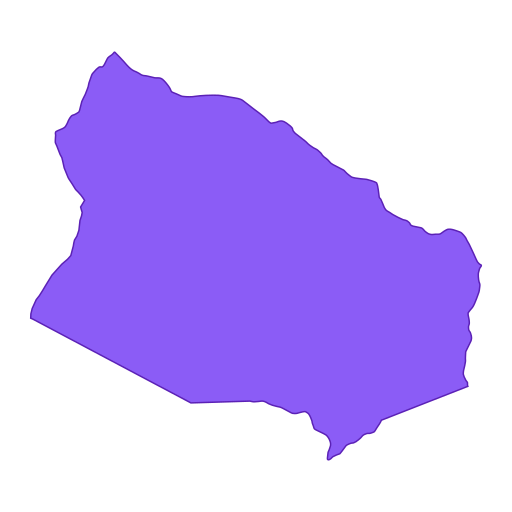 the district of Tatumbla, Francisco Morazán, Honduras
{"feature_id": "27666195B81412432628344", "entity_name": "Tatumbla", "entity_type": "district", "adm_level": 2, "iso_a3": "HND", "parent_name": "Honduras", "parent_adm1": "Francisco Morazán", "projection": "orthographic", "projection_center": [-87.059, 13.986], "detail": "fine", "context": "isolated", "style": "filled", "palette": "violet", "viewbox_px": 512, "rotation_deg": 0, "n_neighbors": 0, "source": "geoboundaries", "source_scale": "gbopen_adm2", "svg_char_len": 5953}
<svg xmlns="http://www.w3.org/2000/svg" viewBox="0 0 512 512"><path d="M190.9,402.9L249.9,401.1L252.1,401.6L253.5,401.8L254.4,401.8L258.2,401.5L261.4,401.1L262.6,401.1L263.7,401.3L265.2,401.8L266.4,402.4L268.6,403.7L272.3,405.2L276.7,406.4L280.0,407.1L281.4,407.6L283.2,408.5L291.2,412.8L291.7,413.0L292.4,413.3L293.4,413.4L294.3,413.5L295.5,413.5L296.7,413.4L297.5,413.2L299.6,412.6L302.9,411.8L304.6,411.6L305.1,411.6L305.5,411.7L306.9,412.5L307.6,413.0L308.4,413.6L309.0,414.4L309.7,415.6L310.5,417.2L311.6,420.0L312.0,421.2L312.2,422.6L312.4,423.4L313.4,426.1L314.0,428.1L314.4,428.8L315.3,429.5L316.2,430.0L323.4,433.5L325.2,434.5L325.9,434.9L326.9,435.8L327.8,436.9L328.6,438.1L329.3,439.4L330.0,441.1L330.4,442.4L330.6,443.7L330.6,445.0L330.4,446.1L329.8,447.9L329.2,449.7L328.3,451.8L328.1,452.2L327.7,455.5L327.4,458.3L327.5,459.2L327.6,459.4L327.9,459.6L328.2,459.8L328.5,459.8L329.3,459.6L330.2,459.1L330.8,458.7L331.4,458.1L332.4,457.1L332.9,456.7L336.4,455.0L338.0,454.4L339.2,454.0L340.0,453.6L342.3,450.7L345.4,446.5L346.2,445.5L347.1,444.9L348.7,444.1L350.5,443.4L351.6,443.1L353.0,443.0L353.7,442.8L354.9,442.2L356.1,441.6L357.1,440.8L358.1,440.1L360.0,438.5L360.9,437.6L362.2,436.1L362.9,435.4L363.5,435.0L364.3,434.5L365.8,433.9L366.9,433.5L367.8,433.4L369.6,433.4L370.9,433.1L372.9,432.4L373.8,432.0L374.3,431.7L374.7,431.2L375.2,430.5L376.9,427.7L379.5,423.8L380.5,422.1L381.4,420.2L467.9,386.3L467.6,385.6L467.5,384.8L467.5,384.2L467.5,383.1L467.4,382.4L467.0,381.8L466.2,380.8L465.8,380.2L464.5,377.6L464.0,376.5L463.6,375.1L463.3,374.2L463.3,373.2L463.4,371.8L463.6,370.4L464.7,365.7L465.4,361.9L465.5,360.6L465.4,358.3L465.5,355.5L465.7,351.8L466.2,350.7L470.8,341.3L471.2,340.2L471.5,338.5L471.5,337.5L471.4,336.6L471.3,335.7L470.9,334.4L470.6,333.3L470.3,332.5L469.9,331.8L469.2,330.8L468.9,330.2L468.7,329.6L468.6,328.8L468.5,327.8L468.5,326.5L468.7,325.7L469.2,324.0L469.3,323.4L469.3,322.4L469.2,320.9L469.0,319.3L468.2,315.3L468.1,314.3L468.1,313.3L468.2,312.8L468.5,312.3L470.0,310.3L472.3,307.6L472.9,306.7L473.6,305.5L474.6,303.4L476.6,298.5L477.8,295.2L478.9,292.1L479.3,290.3L479.6,288.0L479.8,286.3L479.9,285.0L479.7,283.7L479.0,281.7L478.6,279.6L478.3,276.5L478.3,274.8L478.3,273.7L478.5,272.5L479.4,269.2L479.7,268.4L480.1,267.7L481.1,266.3L481.2,265.9L481.3,265.3L480.9,264.8L480.0,264.4L479.4,264.0L478.4,263.0L477.4,261.8L476.1,259.2L473.4,253.2L469.2,244.3L467.1,240.7L465.8,238.0L465.2,237.1L463.7,235.2L462.1,233.5L461.4,232.9L460.7,232.4L459.1,231.7L456.8,230.9L454.4,230.1L452.6,229.6L451.0,229.3L450.0,229.2L449.1,229.2L447.8,229.3L447.0,229.6L446.5,229.8L444.1,231.2L440.9,233.5L440.3,233.8L439.5,234.1L438.5,234.2L436.9,234.2L435.7,234.2L432.5,234.5L431.2,234.5L429.9,234.2L428.9,233.9L428.2,233.6L427.6,233.2L426.5,232.5L424.9,231.2L424.4,230.7L423.6,229.7L423.1,229.2L422.4,228.5L421.7,228.1L421.1,227.8L413.8,226.3L412.9,226.1L411.9,225.7L411.3,225.4L410.7,224.9L410.3,224.5L410.0,223.6L409.5,222.9L408.4,221.9L407.1,220.9L406.4,220.6L405.6,220.3L403.1,219.7L402.2,219.3L398.1,217.4L392.9,214.6L389.6,212.4L387.5,211.2L386.5,210.5L386.0,210.0L385.5,209.4L384.9,208.5L384.3,207.5L383.8,206.3L382.4,202.9L380.8,199.3L379.7,198.0L379.3,197.4L379.2,197.0L378.3,190.0L377.7,186.5L377.4,185.1L376.9,183.7L376.7,183.1L376.3,182.7L375.4,182.2L374.0,181.6L371.7,180.8L366.8,179.4L365.2,179.2L361.0,178.8L355.1,178.0L353.8,177.7L352.6,177.4L351.5,177.0L350.8,176.5L348.7,174.9L346.9,173.4L345.7,172.2L344.4,170.8L343.6,170.1L333.0,164.6L331.8,163.8L331.0,163.3L330.3,162.6L329.0,161.2L327.6,159.7L325.9,158.3L324.0,156.9L323.0,155.9L322.4,155.3L321.5,153.9L320.7,152.9L319.3,151.6L318.2,150.6L317.2,149.8L316.4,149.3L313.3,147.7L309.8,145.3L308.1,143.9L306.1,141.9L305.2,141.1L295.2,133.3L294.2,132.2L293.2,130.9L292.8,130.1L292.6,129.0L292.4,128.5L292.1,127.9L291.5,127.2L290.3,126.0L288.6,124.7L286.5,123.1L284.8,122.1L283.7,121.5L282.5,121.2L281.9,121.0L280.9,121.0L279.9,121.1L278.9,121.3L276.1,122.3L274.1,122.7L271.4,123.2L271.0,123.2L270.6,123.0L269.5,122.3L268.4,121.3L267.2,120.1L265.0,117.9L263.7,116.7L259.5,113.3L253.1,108.5L245.0,102.2L242.8,100.5L241.7,99.8L241.0,99.5L240.0,99.1L237.9,98.5L234.7,97.9L228.7,96.9L221.2,95.6L218.3,95.3L213.2,95.2L205.9,95.4L199.9,95.8L194.7,96.4L192.6,96.7L189.3,96.8L186.1,96.7L183.9,96.5L182.1,96.3L180.7,95.8L176.7,94.0L173.0,92.5L172.0,92.0L171.6,91.7L171.3,91.3L171.1,91.0L170.3,89.1L169.5,87.6L168.2,85.7L166.5,83.5L165.4,82.2L164.1,80.8L162.5,79.3L161.5,78.7L160.7,78.3L159.5,78.0L158.2,77.9L156.1,77.9L154.7,77.8L153.5,77.5L147.5,76.1L145.9,75.8L143.3,75.5L142.6,75.3L141.3,74.8L139.3,73.5L137.5,72.5L136.1,71.8L134.0,70.9L132.5,70.1L130.7,68.8L128.7,67.0L126.7,64.9L123.9,61.7L120.2,57.7L115.0,52.4L114.7,52.2L114.4,52.2L114.1,52.4L113.2,53.5L112.3,54.4L111.6,55.0L109.1,56.7L108.5,57.3L107.9,57.8L107.4,58.6L107.0,59.3L105.5,62.3L104.5,64.3L103.8,65.4L103.1,66.3L102.6,66.7L102.0,66.9L101.4,67.0L100.6,66.9L99.9,66.9L99.1,67.1L98.4,67.6L96.3,69.4L95.3,70.5L93.2,72.8L92.6,73.5L92.0,74.4L91.7,75.1L91.3,76.2L89.0,82.8L88.7,84.1L88.2,86.6L87.4,88.9L85.3,94.3L83.4,98.1L81.8,101.5L81.5,102.7L79.6,110.2L79.2,111.3L79.0,111.7L78.8,112.0L78.0,112.6L76.4,113.6L74.5,114.6L72.7,115.2L72.1,115.5L71.5,115.9L71.0,116.5L70.1,117.6L69.2,119.1L68.4,120.6L67.4,123.0L66.4,124.9L65.5,126.4L65.0,126.9L64.7,127.3L63.8,127.9L62.6,128.6L58.1,130.5L56.3,131.4L55.8,131.8L55.5,132.5L55.4,133.5L55.6,134.9L55.6,135.5L55.4,138.6L55.3,140.7L55.3,142.1L55.4,142.8L55.8,143.7L56.8,145.9L60.0,154.2L60.6,155.4L61.5,157.0L61.9,157.8L62.7,161.1L64.2,167.9L68.1,177.5L68.8,178.8L72.3,184.1L75.5,189.3L76.1,190.0L78.3,192.2L79.7,193.8L80.9,195.1L82.6,197.4L84.6,200.4L80.6,207.0L81.3,209.6L82.2,212.5L81.5,216.0L80.0,220.4L78.9,230.3L76.9,236.2L74.5,240.1L73.8,243.0L73.3,246.1L70.8,255.6L67.5,259.3L61.8,264.2L52.0,275.1L45.8,285.2L42.4,290.9L39.4,295.6L36.2,299.7L32.2,308.5L30.9,313.8L30.7,318.2L33.0,319.2L190.9,402.9Z" fill="#8b5cf6" stroke="#5b21b6" stroke-width="1.5"/></svg>